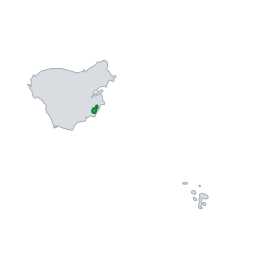 location of Jipijapa, Manabi, Ecuador, rotated 215°
{"feature_id": "8360857B19905531919728", "entity_name": "Jipijapa", "entity_type": "district", "adm_level": 2, "iso_a3": "ECU", "parent_name": "Ecuador", "parent_adm1": "Manabi", "projection": "mercator", "projection_center": [-80.604, -1.518], "detail": "fine", "context": "in_parent", "style": "filled", "palette": "green", "viewbox_px": 256, "rotation_deg": 215, "n_neighbors": 0, "source": "geoboundaries", "source_scale": "gbopen_adm2", "svg_char_len": 5593}
<svg xmlns="http://www.w3.org/2000/svg" viewBox="0 0 256 256"><g transform="rotate(215 128 128)"><path d="M235.4,106.1L234.6,106.6L232.8,106.8L231.4,106.3L230.9,106.3L230.8,106.8L232.6,108.0L233.5,110.1L234.8,111.4L235.6,112.0L235.7,112.5L235.4,113.3L235.4,114.0L235.8,117.2L235.5,117.4L234.5,117.4L233.7,116.9L231.6,124.9L224.8,132.8L217.0,138.4L208.1,141.7L201.5,143.9L200.5,144.8L197.3,148.8L197.1,149.2L197.5,149.9L197.6,150.3L197.1,150.6L196.7,150.6L196.5,150.4L196.4,149.9L195.9,149.4L195.4,149.3L195.1,149.4L195.1,149.9L194.4,152.0L194.4,153.1L194.1,153.5L194.1,154.4L193.5,155.3L193.0,156.7L192.4,157.2L191.7,159.4L190.7,161.6L190.7,162.4L191.0,162.9L191.1,163.4L190.6,164.8L188.3,166.1L187.7,166.8L187.5,167.5L187.6,168.1L187.6,168.7L186.8,168.9L186.1,170.1L185.5,170.4L184.1,170.0L183.0,170.0L182.2,169.6L180.5,167.4L179.9,166.2L179.7,164.5L178.1,163.3L176.0,163.6L175.4,163.2L173.9,162.5L172.5,161.7L171.5,161.2L170.8,161.4L169.5,162.8L168.3,163.5L167.8,163.4L167.1,163.0L167.0,162.5L168.7,160.1L167.4,160.0L167.0,159.5L166.9,158.9L166.7,158.3L166.9,157.5L167.6,157.1L168.7,157.4L169.4,157.4L169.9,156.7L170.8,156.1L171.0,155.7L170.5,154.5L170.4,153.9L170.5,153.5L170.5,152.2L170.2,151.8L170.1,151.1L169.9,150.7L169.8,149.8L169.1,149.3L171.3,148.4L172.1,147.8L173.0,147.2L173.9,146.3L174.4,145.4L175.7,141.2L176.9,138.6L176.7,137.4L175.7,135.7L175.5,133.2L175.6,132.5L175.4,131.9L174.8,132.9L174.9,136.6L174.4,138.2L173.5,138.6L173.0,138.3L173.3,135.7L172.7,136.2L171.7,138.0L170.1,139.3L170.0,139.8L169.6,140.3L168.4,139.8L167.5,139.3L164.4,136.2L162.3,135.6L161.1,134.6L160.9,134.1L160.7,133.5L162.0,132.9L163.2,132.0L163.4,130.2L163.3,128.7L162.4,126.2L162.8,122.9L162.6,121.6L161.5,118.9L162.3,117.5L165.2,116.5L166.1,115.9L166.7,113.7L167.4,112.4L168.7,112.9L169.7,112.9L168.3,112.4L167.2,110.5L167.0,109.6L169.1,106.9L170.3,106.2L171.6,104.8L172.8,102.7L173.0,99.3L172.6,96.9L172.2,94.4L172.9,93.8L174.6,93.4L176.1,92.6L176.8,91.8L178.5,92.0L180.4,90.8L183.5,90.2L187.8,88.9L188.8,87.7L188.4,85.6L190.0,86.9L190.7,87.9L192.9,89.0L195.6,91.0L197.3,92.0L199.2,92.9L201.9,93.9L203.6,93.7L204.3,95.2L204.9,95.7L206.5,96.2L206.7,96.4L207.2,99.1L207.6,99.5L209.0,100.0L210.6,100.2L211.3,100.1L212.8,100.8L215.0,101.5L215.9,101.5L216.2,101.4L216.4,101.1L217.0,101.2L218.0,101.6L219.4,101.6L220.3,101.3L220.5,99.7L220.8,99.4L221.9,98.8L222.4,98.9L225.1,100.2L225.6,100.6L226.3,101.5L227.5,102.7L228.9,103.6L231.0,103.9L233.0,105.2L235.4,106.1ZM25.2,104.4L26.0,105.2L26.5,107.7L29.1,110.2L29.4,111.6L29.2,112.3L29.3,112.6L30.6,113.6L31.4,114.6L30.0,117.1L27.1,118.1L23.9,118.1L23.3,117.8L22.4,116.9L22.3,116.0L22.8,115.2L24.4,114.0L26.9,112.9L27.2,112.1L26.2,111.3L25.5,109.6L23.9,108.5L23.1,105.0L22.6,104.9L21.6,105.3L21.0,104.9L20.9,104.7L22.1,103.9L22.3,103.3L24.0,103.1L24.8,103.5L25.2,104.4ZM37.5,114.9L36.8,114.9L34.8,113.6L34.9,112.4L35.8,111.5L38.4,111.1L39.5,111.9L39.4,113.4L38.5,114.5L37.8,114.7L37.5,114.9ZM171.6,143.8L171.4,144.3L170.1,144.3L169.8,144.1L170.1,141.7L170.4,140.9L171.5,140.2L172.3,139.8L173.4,139.9L174.6,140.6L173.2,141.8L172.1,142.1L171.6,143.8ZM23.2,110.8L21.9,111.0L20.8,110.6L20.3,109.9L20.2,108.8L20.3,108.5L22.7,108.1L23.5,109.0L23.5,110.3L23.2,110.8ZM49.6,116.7L48.0,117.2L47.2,116.7L47.1,116.4L47.9,115.6L48.8,115.2L49.5,114.2L50.9,113.7L51.3,113.8L51.6,114.0L51.7,114.3L51.2,115.1L50.4,115.6L49.6,116.7ZM34.4,109.1L33.8,109.5L31.3,109.1L30.5,108.3L31.1,107.3L31.7,106.8L33.2,107.2L34.7,108.4L34.4,109.1ZM36.4,122.3L35.8,122.4L35.1,121.8L35.7,120.8L36.7,121.3L36.9,121.7L36.4,122.3ZM187.7,88.3L187.0,88.4L186.6,87.7L187.5,87.0L187.8,86.8L187.7,88.3Z" fill="#d9dde1" stroke="#a8b0b8" stroke-width="1"/><path d="M166.8,120.7L166.7,120.7L166.5,120.8L166.5,120.7L166.3,120.7L166.3,120.4L166.2,120.4L165.9,120.2L165.8,120.3L165.7,120.3L165.4,120.3L165.2,120.3L165.1,120.5L164.9,120.5L164.7,120.6L164.4,120.5L164.2,120.6L163.9,120.6L163.8,120.8L163.9,121.0L164.0,121.1L163.9,121.2L163.9,121.3L163.6,121.4L163.6,121.5L163.2,121.7L163.4,122.1L163.6,122.5L163.6,122.8L163.4,122.9L163.4,123.0L163.5,123.0L163.5,122.9L163.8,122.9L164.0,122.9L164.0,123.0L164.4,123.3L164.4,123.5L164.2,123.9L164.2,124.0L164.1,124.3L164.1,124.5L164.2,124.8L164.2,124.7L164.2,124.8L164.3,124.9L164.4,125.0L164.5,125.1L164.4,125.2L164.5,125.3L164.4,125.4L164.4,125.5L164.5,125.7L164.5,125.8L164.5,126.0L164.6,126.5L164.5,126.8L164.7,126.7L164.8,126.7L164.9,126.8L165.0,126.9L165.0,127.0L165.3,127.2L165.2,127.2L165.2,127.3L165.3,127.3L165.2,127.3L165.3,127.3L165.2,127.4L165.2,127.5L165.3,127.5L165.4,127.8L165.5,128.0L165.8,128.2L166.0,128.2L166.1,128.3L166.0,128.5L165.9,128.7L166.0,128.7L166.0,128.8L165.9,128.8L166.0,128.9L166.1,129.0L166.3,129.0L166.4,128.9L166.2,128.8L166.3,128.8L166.5,128.8L166.5,128.6L166.3,128.4L166.5,128.2L166.4,128.2L166.5,128.0L166.4,127.9L166.4,127.7L166.5,127.5L166.4,127.4L166.3,127.2L166.6,127.1L166.5,126.9L166.7,126.7L166.6,126.4L166.5,126.2L166.5,125.9L166.4,125.9L166.5,125.8L166.5,125.7L166.3,125.6L166.2,125.6L166.1,125.4L166.0,125.5L165.9,125.5L165.9,125.4L165.9,125.2L166.0,125.2L166.4,125.3L166.5,125.2L166.5,125.3L166.6,125.2L166.8,125.0L166.8,124.9L166.7,124.9L166.5,124.7L166.9,124.6L167.0,124.6L167.3,124.5L167.4,124.4L167.5,124.4L168.1,124.4L168.1,124.2L167.9,124.1L167.9,123.8L167.7,123.7L167.4,123.5L167.4,123.1L167.5,123.1L167.8,123.0L167.8,122.9L167.7,122.7L167.6,122.8L167.6,122.7L167.5,122.8L167.5,122.7L167.4,122.6L167.2,122.5L167.1,122.3L167.1,122.2L167.3,121.9L167.2,121.6L166.8,121.5L166.8,121.4L167.0,121.3L167.1,121.2L166.9,121.1L166.9,120.9L166.8,120.7Z" fill="#22c55e" stroke="#15803d" stroke-width="1.5"/></g></svg>